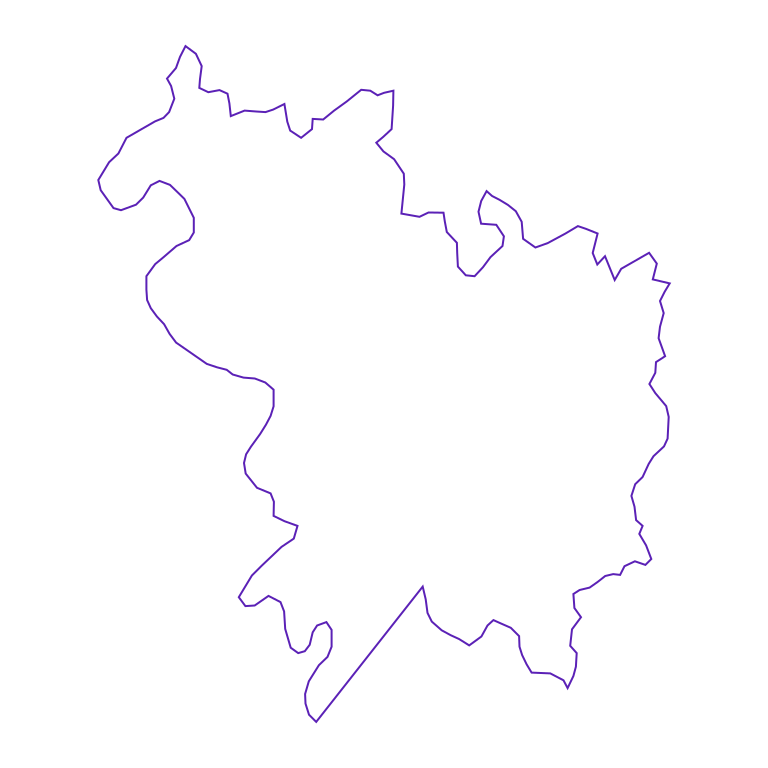 Grandes Rios, Paraná, Brazil
{"feature_id": "56859067B21622143910331", "entity_name": "Grandes Rios", "entity_type": "district", "adm_level": 2, "iso_a3": "BRA", "parent_name": "Brazil", "parent_adm1": "Paraná", "projection": "equal_earth", "projection_center": [-51.453, -24.192], "detail": "fine", "context": "isolated", "style": "outline", "palette": "violet", "viewbox_px": 768, "rotation_deg": 0, "n_neighbors": 0, "source": "geoboundaries", "source_scale": "gbopen_adm2", "svg_char_len": 2831}
<svg xmlns="http://www.w3.org/2000/svg" viewBox="0 0 768 768"><path d="M167.0,78.6L171.1,86.0L174.3,98.7L169.1,112.1L163.5,117.9L155.0,121.4L126.5,137.8L118.4,153.5L109.1,162.2L98.3,180.0L100.7,190.2L113.5,208.1L121.0,210.2L136.0,204.7L143.2,197.6L150.8,185.3L159.5,180.9L170.0,184.9L179.0,193.6L184.4,198.9L193.8,217.8L193.8,232.5L189.2,240.1L176.5,246.0L163.4,257.3L155.2,264.1L146.4,276.2L146.4,289.6L147.1,300.0L150.8,308.2L156.9,316.5L164.1,324.2L169.6,333.9L176.1,342.6L206.8,363.9L217.0,367.3L226.7,369.8L232.7,374.5L243.5,377.6L254.8,378.5L265.3,382.5L273.6,389.7L273.6,406.3L270.6,415.9L266.0,424.6L260.2,433.9L251.0,446.6L246.1,454.3L244.0,463.0L245.7,473.6L257.0,487.8L270.6,493.4L273.9,501.7L273.6,515.9L284.5,521.2L297.5,525.9L293.8,538.6L281.5,546.9L261.6,565.8L251.9,575.5L238.8,597.2L245.4,606.1L254.7,605.5L268.5,595.9L280.5,602.1L284.1,611.4L285.2,628.9L290.7,647.7L298.2,653.1L304.8,651.2L309.7,644.8L312.7,632.3L317.1,625.5L326.4,622.1L331.6,629.9L331.6,646.7L327.5,656.9L318.9,665.2L308.8,681.3L305.1,694.0L305.5,703.6L309.0,714.7L316.2,721.9L422.7,586.6L425.7,599.3L427.5,612.9L431.8,621.6L441.7,630.3L450.7,635.2L459.0,639.0L469.2,645.4L481.4,636.5L487.5,625.5L493.4,620.1L501.0,623.5L510.8,627.8L519.1,636.1L519.5,646.7L522.1,655.0L526.6,664.3L531.6,672.6L550.3,673.4L563.5,680.3L567.6,688.1L573.4,676.0L575.9,666.7L576.7,653.1L570.2,645.8L572.0,629.3L581.0,617.2L574.4,608.0L573.4,594.0L579.6,590.0L589.6,587.6L597.7,581.9L605.2,576.0L613.2,574.1L620.1,574.9L624.5,566.2L634.9,561.3L645.4,564.9L651.3,559.0L646.1,545.4L639.3,533.9L642.6,525.9L636.1,520.1L634.5,506.7L631.4,495.9L635.2,484.2L642.6,477.0L648.7,463.9L653.5,456.2L664.0,446.4L667.6,438.6L668.7,416.9L666.2,406.1L655.3,393.1L649.4,384.0L655.3,372.8L656.0,362.1L665.1,356.2L658.6,338.2L660.0,326.7L663.7,313.1L660.0,301.0L664.7,291.7L669.7,283.4L652.8,279.4L656.8,263.6L649.1,252.8L621.2,268.8L614.7,280.0L605.0,256.2L597.3,264.5L592.7,253.0L595.2,243.1L597.6,233.5L586.1,228.9L577.9,226.1L565.5,233.5L547.7,243.1L535.4,247.5L523.1,238.8L521.7,221.8L515.8,211.2L507.9,204.9L499.5,199.8L492.1,196.0L486.6,191.1L481.2,201.0L478.5,211.7L481.1,223.7L496.3,224.8L503.9,236.3L502.5,246.0L490.5,257.1L482.9,267.3L474.6,276.2L465.8,275.3L457.9,266.6L457.2,253.0L456.9,242.8L446.8,232.0L444.8,221.4L443.5,212.7L428.5,212.5L419.5,216.8L401.4,213.6L404.3,184.5L403.8,173.7L394.1,159.2L383.4,151.4L376.3,142.7L383.2,136.9L391.6,129.1L393.1,105.8L393.4,90.7L384.1,92.8L377.6,95.3L370.3,90.7L361.2,89.8L346.7,101.5L334.1,110.6L323.2,119.5L312.7,118.9L312.0,129.1L301.1,137.8L290.2,130.6L287.3,121.7L284.4,104.0L273.1,109.6L265.5,112.1L256.2,111.5L244.6,110.6L230.8,116.1L229.4,103.4L227.5,93.7L219.5,90.1L208.3,92.2L199.3,87.9L200.0,79.0L201.7,66.1L195.9,53.8L185.5,46.1L180.0,56.9L176.0,68.0L167.0,78.6Z" fill="none" stroke="#5b21b6" stroke-width="2"/></svg>